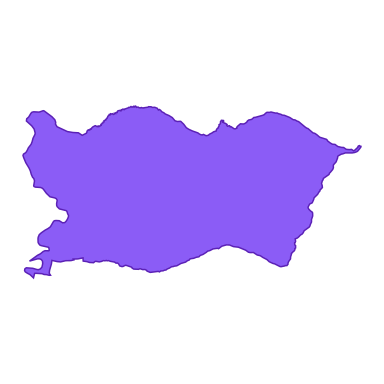 Belin, Covasna, Romania (Robinson projection)
{"feature_id": "2599482B25524840446073", "entity_name": "Belin", "entity_type": "district", "adm_level": 2, "iso_a3": "ROU", "parent_name": "Romania", "parent_adm1": "Covasna", "projection": "robinson", "projection_center": [25.628, 45.924], "detail": "fine", "context": "isolated", "style": "filled", "palette": "violet", "viewbox_px": 384, "rotation_deg": 0, "n_neighbors": 0, "source": "geoboundaries", "source_scale": "gbopen_adm2", "svg_char_len": 5973}
<svg xmlns="http://www.w3.org/2000/svg" viewBox="0 0 384 384"><path d="M288.0,264.2L288.0,263.1L288.6,261.6L290.5,258.9L290.6,256.8L291.4,254.4L291.3,253.7L291.7,253.0L292.3,252.8L292.7,252.1L294.1,251.0L294.9,249.7L294.8,248.6L295.6,248.0L295.6,245.6L294.8,244.9L294.6,243.1L294.7,242.7L295.1,242.6L295.6,241.4L295.2,238.8L297.2,238.1L298.5,237.1L300.5,235.0L302.1,234.1L303.1,232.9L304.2,230.7L309.2,227.1L309.9,226.0L310.3,224.6L311.5,222.0L311.5,219.5L312.6,216.3L312.7,215.3L312.6,212.9L312.2,212.1L310.5,210.9L308.8,209.2L308.1,207.8L308.1,207.0L309.6,204.1L312.2,202.8L313.6,199.7L314.1,197.8L317.6,194.4L318.7,192.4L319.9,191.0L320.2,189.7L321.2,188.9L322.4,187.5L322.2,185.6L321.5,183.2L322.0,182.1L322.2,181.0L323.0,179.9L323.4,178.4L328.7,174.7L329.2,174.1L329.4,173.2L330.2,172.5L332.7,169.5L333.4,167.7L333.3,165.9L333.5,164.8L336.1,161.9L337.6,157.9L337.7,156.5L338.2,155.9L341.4,154.1L342.7,153.9L345.4,152.9L352.3,152.9L354.7,152.5L356.8,151.7L357.7,151.1L359.7,148.7L361.0,146.8L360.9,146.3L360.2,146.3L359.5,145.6L358.6,145.9L358.0,146.4L358.1,146.9L357.8,147.3L354.5,150.4L353.5,150.8L351.6,149.4L349.3,149.6L347.0,149.4L346.0,149.2L343.7,147.5L341.6,147.4L337.8,146.5L335.0,144.4L332.4,144.2L330.3,143.0L327.7,141.0L326.9,139.7L326.4,139.3L319.7,137.2L316.7,134.6L314.7,133.3L313.0,132.9L307.9,128.5L306.8,128.2L305.1,127.0L298.6,121.6L297.1,121.1L295.0,119.9L293.2,119.7L289.8,117.5L284.4,115.3L282.3,115.1L280.9,114.3L278.5,113.7L277.1,113.0L275.6,113.1L271.0,112.0L269.3,112.4L267.0,112.3L265.5,113.3L264.3,114.6L262.7,115.3L255.1,117.4L254.0,117.4L251.6,119.4L248.7,120.0L247.3,121.1L247.2,121.6L246.2,122.6L244.7,123.6L243.4,124.0L240.4,123.8L237.5,126.3L236.7,127.4L236.9,128.1L235.4,128.8L234.2,128.8L231.1,126.7L230.2,126.9L229.8,126.0L229.5,125.7L228.5,125.9L227.8,126.3L227.4,126.2L226.7,125.1L227.1,124.6L227.0,124.4L225.3,123.3L224.4,123.1L223.6,122.5L222.6,122.2L222.6,121.6L223.7,121.1L223.5,120.5L221.4,120.3L220.4,121.9L220.5,123.0L220.3,123.8L219.0,124.7L219.1,125.9L218.3,127.2L218.4,127.8L217.6,128.2L216.7,129.2L216.4,129.8L216.3,130.9L213.6,131.8L211.9,133.0L209.8,134.0L208.2,135.3L206.1,135.7L203.4,134.4L202.3,134.9L201.1,134.8L199.5,134.1L197.9,132.9L192.5,131.0L188.8,129.3L186.3,127.7L183.7,124.2L180.9,121.5L180.3,121.3L177.4,121.5L175.0,120.8L172.3,117.6L168.9,115.5L165.3,114.0L163.9,112.8L161.7,111.7L160.7,110.4L159.5,109.5L158.4,110.0L157.3,108.3L154.8,107.3L152.3,107.4L151.2,106.8L148.6,106.7L147.9,107.2L144.3,107.7L143.8,108.0L143.3,107.8L142.1,107.9L141.3,107.5L140.3,107.9L139.0,107.7L138.0,107.0L136.6,107.4L136.3,107.2L136.0,106.4L135.4,106.1L134.8,106.8L134.1,107.1L133.8,107.0L133.7,106.3L132.0,107.2L131.0,106.5L129.6,107.5L128.6,107.4L128.3,107.8L124.9,109.0L124.4,109.5L124.1,109.2L123.6,109.5L123.0,109.1L122.6,109.2L122.2,109.7L121.3,109.7L121.2,110.6L120.9,110.9L119.7,110.4L118.0,110.8L117.3,111.5L117.2,112.5L115.9,112.6L115.4,113.0L115.5,113.5L114.3,113.2L114.2,114.1L113.7,114.4L113.2,114.4L112.4,113.7L111.4,114.0L110.4,113.7L110.1,114.1L110.4,114.6L110.1,114.9L109.1,114.7L109.0,115.3L107.9,116.2L107.2,118.1L106.8,118.2L106.5,118.9L105.7,119.4L105.8,119.9L104.0,120.7L104.1,121.8L103.1,122.1L102.8,123.1L102.1,123.2L101.7,124.1L100.9,124.4L101.2,125.3L99.7,126.1L99.3,126.0L99.0,126.4L98.5,126.0L98.1,126.0L97.9,126.6L97.5,126.4L97.0,126.6L95.5,125.7L94.9,125.8L92.7,127.0L91.6,128.1L91.3,129.0L90.4,128.9L90.3,129.6L89.7,129.6L89.1,130.2L88.5,129.8L88.2,129.8L87.9,130.4L87.1,131.0L86.8,132.4L86.4,133.2L82.2,135.3L78.4,132.8L73.0,132.5L67.5,131.6L57.6,127.0L57.0,126.7L55.5,124.1L55.7,122.3L54.8,119.7L51.9,116.7L44.1,110.9L43.2,110.7L39.1,112.1L33.7,111.8L32.0,112.2L30.9,113.3L28.7,117.0L26.7,118.8L26.4,121.0L31.7,125.8L34.1,129.0L35.2,133.1L34.9,134.5L33.0,138.3L32.1,141.8L31.1,144.3L28.4,147.8L27.2,150.4L26.3,151.9L25.8,152.6L23.5,154.1L23.0,155.5L23.7,157.7L25.8,162.7L29.0,168.0L30.3,170.8L31.3,174.4L32.6,177.3L33.8,178.5L34.5,180.9L33.7,185.8L34.0,186.5L35.3,187.1L40.6,187.5L42.1,188.1L43.3,189.1L46.4,193.3L50.0,196.8L54.7,197.9L56.2,198.6L57.2,200.2L56.6,203.7L56.7,205.6L57.2,206.7L59.4,208.9L66.1,210.6L66.6,211.0L67.0,211.6L67.7,213.9L68.5,215.3L68.4,216.9L67.4,219.2L66.0,221.4L64.7,222.6L62.6,222.8L59.2,220.7L56.0,220.5L54.5,220.7L53.6,221.3L50.4,226.8L48.1,228.5L45.0,230.2L41.3,232.8L39.3,234.6L38.2,237.2L38.0,238.8L38.1,242.3L38.6,243.5L39.9,245.1L41.1,245.6L48.2,247.2L48.8,247.7L49.2,249.8L49.1,250.5L48.7,250.8L45.0,250.7L43.2,251.5L40.4,253.8L37.5,255.3L29.5,261.1L37.3,258.9L39.2,258.8L40.9,259.3L42.1,260.5L42.5,261.3L42.7,263.6L42.0,267.0L40.4,268.9L38.3,269.7L36.9,269.5L32.8,268.3L26.4,267.8L25.5,268.3L24.8,269.0L24.6,270.7L25.3,271.9L27.3,273.2L30.0,274.6L33.5,277.9L34.6,273.4L36.1,273.3L42.1,273.7L44.1,274.5L46.3,274.6L49.3,275.3L50.5,275.2L49.4,273.5L49.3,272.7L49.6,270.2L51.4,264.0L51.9,260.4L57.2,261.6L60.6,261.9L65.7,260.7L71.0,260.6L73.8,259.9L73.3,259.1L77.9,258.9L83.0,257.9L83.2,261.1L86.8,261.6L89.7,262.5L93.6,262.7L94.8,261.6L95.8,261.3L99.2,261.9L101.6,261.4L103.3,260.6L105.1,260.8L106.3,260.4L107.0,260.8L108.6,260.6L110.3,261.3L114.6,262.1L115.9,263.1L117.7,263.1L118.6,263.9L119.7,265.9L121.9,266.6L122.9,266.5L125.3,265.3L126.4,265.4L131.4,267.1L131.9,267.5L132.1,268.1L133.8,269.1L138.6,269.3L140.0,268.7L142.7,269.6L145.0,269.5L146.7,270.4L147.0,271.1L150.2,272.4L158.2,271.4L159.5,271.9L160.7,271.0L163.2,270.8L164.4,270.2L166.0,270.0L167.2,269.0L169.4,268.1L171.8,266.6L172.9,266.7L174.1,266.2L176.8,265.8L180.9,263.5L185.6,262.1L187.6,260.6L189.0,260.2L190.2,258.8L193.7,258.3L196.2,257.3L198.9,256.8L200.3,255.4L202.9,254.5L206.5,252.2L207.5,251.2L209.8,250.6L213.1,248.9L217.4,248.3L218.6,248.7L221.8,246.2L226.4,244.9L229.6,245.0L233.4,246.6L238.4,247.2L245.7,250.2L248.4,252.2L250.2,252.6L253.4,252.5L257.2,255.0L260.3,255.7L262.8,257.4L267.0,259.6L269.2,261.7L270.4,262.3L273.3,263.6L274.3,263.7L279.9,266.5L281.0,266.7L284.9,265.9L285.1,265.6L286.9,265.6L288.0,264.2Z" fill="#8b5cf6" stroke="#5b21b6" stroke-width="1.5"/></svg>